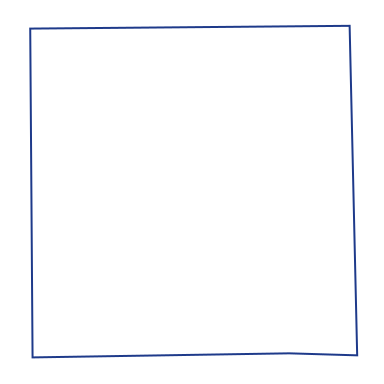 outline of Crawford, Michigan, United States of America, rotated 359°
{"feature_id": "52423323B93401682772599", "entity_name": "Crawford", "entity_type": "district", "adm_level": 2, "iso_a3": "USA", "parent_name": "United States of America", "parent_adm1": "Michigan", "projection": "orthographic", "projection_center": [-84.626, 44.683], "detail": "fine", "context": "isolated", "style": "outline", "palette": "blue", "viewbox_px": 384, "rotation_deg": 359, "n_neighbors": 0, "source": "geoboundaries", "source_scale": "gbopen_adm2", "svg_char_len": 232}
<svg xmlns="http://www.w3.org/2000/svg" viewBox="0 0 384 384"><g transform="rotate(359 192 192)"><path d="M33.1,25.8L29.7,354.6L286.4,355.0L354.3,358.2L352.5,28.6L33.1,25.8Z" fill="none" stroke="#1e3a8a" stroke-width="2"/></g></svg>